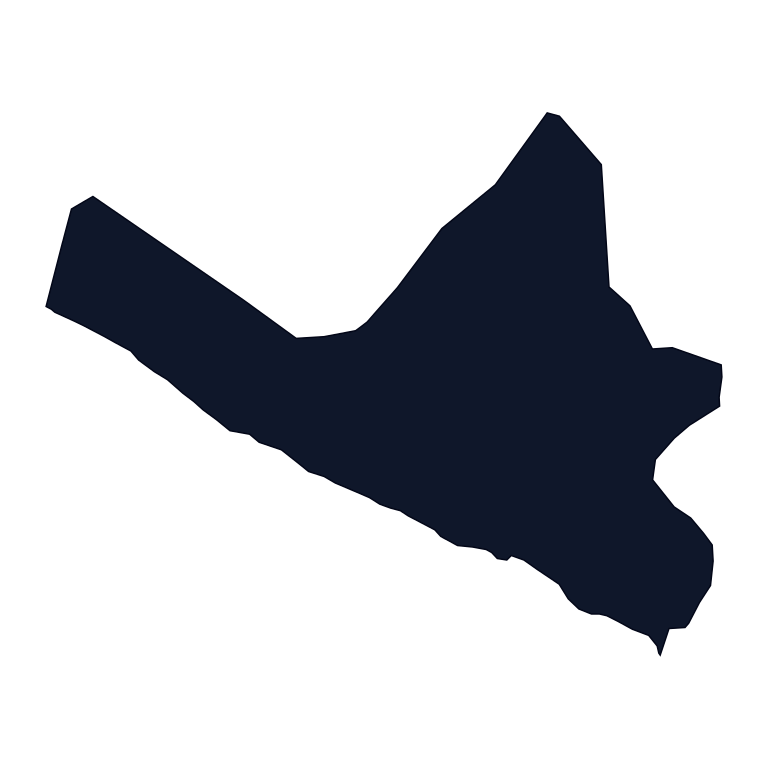 the district of Qina, Qina, Egypt
{"feature_id": "37247803B63367317087021", "entity_name": "Qina", "entity_type": "district", "adm_level": 2, "iso_a3": "EGY", "parent_name": "Egypt", "parent_adm1": "Qina", "projection": "orthographic", "projection_center": [32.712, 26.165], "detail": "fine", "context": "isolated", "style": "filled", "palette": "ink", "viewbox_px": 768, "rotation_deg": 0, "n_neighbors": 0, "source": "geoboundaries", "source_scale": "gbopen_adm2", "svg_char_len": 1428}
<svg xmlns="http://www.w3.org/2000/svg" viewBox="0 0 768 768"><path d="M719.6,406.1L719.1,397.4L721.9,377.0L721.2,364.9L672.3,347.7L652.4,349.0L630.0,305.9L613.6,291.1L609.0,287.0L601.3,164.6L559.4,116.2L547.2,112.9L544.5,116.7L495.3,184.8L441.9,228.5L397.3,287.8L374.7,313.4L367.2,322.0L365.0,323.7L364.3,324.2L363.7,324.7L355.7,330.7L324.1,336.7L296.2,338.4L243.6,300.2L92.9,196.5L85.1,201.0L76.6,206.0L71.5,209.0L64.0,237.2L63.2,240.4L62.5,242.8L46.1,306.5L51.3,309.2L54.8,312.2L74.5,321.2L83.0,325.3L104.2,336.4L115.8,342.9L130.9,351.0L138.7,360.1L154.4,371.7L167.5,379.7L183.1,393.4L193.7,401.4L203.3,410.0L216.4,419.6L230.0,430.7L249.6,434.2L259.2,442.3L281.4,449.8L298.0,462.9L308.6,471.5L324.2,476.5L335.3,483.0L354.4,491.1L369.5,497.6L379.9,504.2L391.0,508.2L400.5,510.7L401.2,511.2L401.9,511.7L408.1,515.8L434.8,529.8L440.8,536.4L445.7,539.1L445.8,539.1L457.5,545.5L472.6,547.0L486.2,549.5L491.7,552.5L497.3,558.5L506.8,560.0L511.3,555.5L523.9,560.0L537.5,569.6L559.2,584.2L568.3,598.9L578.9,609.0L591.5,614.0L599.5,614.0L606.8,615.7L617.9,621.3L632.5,629.3L648.7,635.4L657.2,646.0L658.8,653.1L660.2,655.1L660.3,654.8L660.4,654.5L662.2,649.1L666.2,637.0L669.0,628.5L685.0,627.5L688.7,623.2L699.5,602.4L710.5,585.5L713.1,561.1L712.2,545.0L703.6,533.4L690.7,518.0L674.1,506.9L652.6,479.9L653.4,473.9L655.4,459.5L674.2,438.2L689.4,425.2L707.1,414.0L719.6,406.1Z" fill="#0f172a" stroke="#020617" stroke-width="1.5"/></svg>